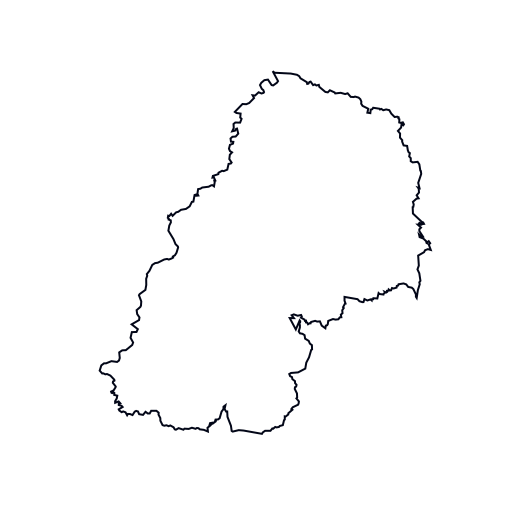 Autlán de Navarro, Jalisco, Mexico (orthographic projection), rotated 253°
{"feature_id": "50627088B11139990760987", "entity_name": "Autlán de Navarro", "entity_type": "district", "adm_level": 2, "iso_a3": "MEX", "parent_name": "Mexico", "parent_adm1": "Jalisco", "projection": "orthographic", "projection_center": [-104.329, 19.757], "detail": "fine", "context": "isolated", "style": "outline", "palette": "ink", "viewbox_px": 512, "rotation_deg": 253, "n_neighbors": 0, "source": "geoboundaries", "source_scale": "gbopen_adm2", "svg_char_len": 6080}
<svg xmlns="http://www.w3.org/2000/svg" viewBox="0 0 512 512"><g transform="rotate(253 256 256)"><path d="M192.1,73.0L188.6,74.6L188.4,75.7L186.9,77.3L186.7,79.0L184.2,81.8L179.2,84.3L178.2,84.2L177.8,82.6L176.6,82.0L172.2,83.7L171.5,83.3L169.1,80.5L168.7,77.8L167.5,77.8L166.9,78.4L167.2,79.9L166.5,80.5L164.6,79.8L163.0,82.5L160.5,81.2L158.3,78.8L156.8,78.4L157.1,82.1L154.9,83.1L154.9,81.6L153.6,81.2L152.1,83.6L150.6,84.3L149.5,79.9L148.2,80.1L145.9,81.9L146.2,83.5L144.7,85.5L141.4,86.2L142.4,87.3L141.8,89.2L140.0,91.4L142.6,94.5L142.9,96.1L141.8,97.7L138.9,98.0L137.1,101.5L139.3,104.8L137.0,106.5L136.5,108.3L138.6,110.5L137.1,115.5L134.6,117.1L132.8,116.4L129.0,117.1L126.4,116.4L121.6,117.2L120.5,118.7L120.3,120.9L118.8,122.7L119.0,124.5L116.3,127.1L114.0,127.6L113.3,128.6L114.0,131.7L111.1,135.8L111.8,137.1L110.3,141.1L110.5,144.5L108.4,147.7L108.8,149.2L108.1,150.7L106.7,151.5L105.0,155.3L102.2,158.7L105.9,159.4L106.8,161.4L109.6,163.2L109.4,165.0L108.1,164.2L109.0,165.9L110.0,166.3L108.6,166.3L109.6,169.1L110.2,169.5L110.4,168.8L111.4,169.5L110.8,171.9L111.5,173.8L117.3,177.6L119.0,180.0L121.4,180.9L122.2,183.1L118.8,181.2L115.9,182.0L115.7,183.0L110.5,181.7L101.0,182.4L95.8,181.6L94.9,182.4L94.5,188.6L92.7,193.1L84.2,209.7L85.3,210.9L86.2,213.6L84.6,218.7L86.3,221.2L85.8,221.9L86.9,224.4L86.1,225.5L85.8,227.9L86.5,229.0L86.4,232.2L90.8,234.8L91.2,235.7L94.1,236.6L93.7,237.1L95.0,240.5L96.2,241.0L98.3,245.8L99.3,245.1L100.6,246.9L101.5,252.8L102.8,253.8L104.4,254.5L108.0,253.0L108.7,254.0L112.6,255.0L117.5,254.2L119.1,254.9L119.4,256.2L120.9,257.1L123.0,256.2L124.9,256.7L127.6,254.8L129.7,255.0L131.1,253.5L133.4,253.3L133.9,255.3L132.4,262.2L133.9,270.2L139.3,272.9L143.6,277.1L150.0,281.3L150.3,282.3L154.4,283.4L156.5,281.9L159.4,281.6L162.6,278.8L166.1,279.3L168.0,277.7L169.2,275.4L171.4,274.8L174.7,277.0L177.2,277.8L178.3,277.1L179.5,278.7L180.7,279.2L181.6,278.9L174.1,272.6L186.8,270.1L185.5,274.1L188.9,272.8L189.1,275.1L186.7,278.4L186.4,281.9L184.8,282.1L183.9,281.0L181.0,283.8L179.7,283.8L179.5,284.9L177.9,284.4L177.4,285.5L175.5,285.8L176.1,288.0L175.7,288.5L176.8,289.4L176.7,293.6L175.4,295.3L174.8,298.0L170.2,298.5L166.6,301.2L169.0,302.4L169.0,303.8L169.8,304.7L172.8,306.1L173.2,311.2L171.9,313.5L171.4,316.3L172.8,318.1L172.5,319.7L175.1,320.0L176.0,322.0L178.9,322.6L180.6,324.7L181.6,324.3L184.5,327.2L184.4,327.7L187.4,327.6L191.0,328.7L185.0,340.5L182.5,341.7L180.8,344.2L180.5,345.3L183.1,347.1L180.9,349.5L181.0,352.7L179.7,353.6L180.8,354.0L180.4,355.4L181.3,355.9L179.9,359.6L184.7,362.4L183.5,363.1L181.9,366.6L182.6,367.0L183.2,368.8L184.1,368.6L183.0,369.9L183.3,370.9L184.4,371.1L184.1,372.5L185.2,373.1L183.9,374.0L183.7,375.1L185.6,376.7L184.7,378.1L184.7,381.2L186.2,381.9L186.2,383.3L187.3,384.1L186.6,389.1L184.9,391.4L181.9,392.5L180.2,395.7L178.4,396.8L172.4,397.7L170.3,397.0L168.9,397.4L176.0,400.8L181.1,404.3L183.1,404.5L184.2,406.0L191.7,407.1L196.0,406.5L199.2,408.9L209.0,411.2L210.5,417.8L212.1,419.4L212.3,422.4L210.7,424.9L216.4,424.6L217.3,426.3L219.7,425.5L219.2,423.9L218.0,423.5L218.6,422.9L220.5,423.0L223.8,421.1L226.2,418.0L228.8,418.2L226.5,419.4L225.9,421.3L232.1,419.5L233.8,420.0L234.9,422.1L238.7,419.9L238.0,422.1L239.4,421.4L239.9,422.0L237.9,424.3L237.6,426.0L239.2,425.7L240.2,424.5L250.7,418.5L256.9,420.1L257.0,420.8L259.2,421.9L261.9,421.9L263.9,426.3L263.6,428.3L267.1,427.4L269.0,430.4L272.8,431.3L274.0,430.9L273.1,432.2L278.5,432.5L286.2,438.0L289.1,438.5L289.6,438.1L295.9,439.0L298.8,438.1L299.7,433.2L301.4,431.7L304.3,432.6L306.4,431.6L309.4,433.2L310.6,432.3L312.6,432.1L317.1,432.7L318.6,429.5L322.7,429.2L324.0,429.7L327.1,428.3L331.0,429.6L334.1,428.3L336.4,432.3L339.6,433.8L339.4,434.6L338.8,434.2L337.9,435.0L338.7,436.0L340.9,435.5L341.0,433.3L341.8,432.0L344.9,433.1L345.9,432.4L346.9,433.0L347.9,431.9L348.4,429.2L352.6,427.0L356.5,426.1L358.1,423.3L358.2,420.3L360.0,418.9L359.9,417.4L360.7,417.2L363.5,411.4L362.4,410.1L362.4,408.5L359.2,407.1L360.5,404.4L364.0,406.4L368.4,401.8L370.9,401.1L372.8,401.9L375.5,401.6L377.5,400.4L379.5,397.3L379.4,396.0L380.5,393.1L384.8,391.2L384.8,388.6L387.3,384.7L388.3,379.3L389.4,379.0L392.9,375.1L391.5,372.5L392.6,370.3L399.2,366.0L401.3,366.1L401.4,363.6L402.9,362.5L402.7,360.6L406.8,359.2L406.8,358.0L405.5,356.5L405.6,355.3L407.4,355.4L412.9,350.5L415.3,349.9L417.3,348.2L420.3,342.6L425.8,327.4L427.8,326.0L416.8,328.2L415.6,326.7L414.1,322.3L414.9,320.9L421.2,319.0L421.7,315.4L420.1,311.7L418.3,309.8L414.2,310.4L412.5,311.5L410.4,311.6L409.8,310.9L409.8,308.8L411.8,306.4L409.7,302.0L410.7,299.7L407.6,300.3L404.3,294.2L404.0,291.1L405.3,287.5L400.0,277.9L398.5,279.1L396.7,282.9L393.0,281.4L391.4,282.3L388.2,279.8L389.7,275.2L388.8,273.1L384.8,272.1L382.2,269.7L382.0,272.6L383.4,274.2L383.4,275.1L378.2,274.8L376.2,271.5L376.9,268.3L375.8,266.0L372.7,265.5L371.8,267.7L370.2,266.9L369.9,263.6L366.5,261.5L363.9,261.8L362.1,263.4L360.5,260.6L356.5,258.8L352.5,260.0L351.8,259.0L352.1,256.7L347.0,253.8L346.6,249.9L347.4,248.5L346.6,244.5L345.3,243.9L345.2,238.2L343.7,237.3L343.5,238.7L340.3,239.1L340.8,237.5L339.7,238.6L334.9,236.2L336.5,235.0L336.7,233.9L336.1,231.0L337.2,224.6L336.6,222.5L336.9,220.2L332.7,218.2L330.7,218.5L331.1,216.4L332.3,216.3L332.3,215.1L326.3,212.0L326.5,210.5L322.9,207.1L321.5,202.8L322.1,197.8L321.0,194.6L321.1,192.4L318.8,188.0L321.2,187.2L319.5,184.7L320.2,183.8L318.3,182.8L317.0,183.5L316.4,183.1L315.0,184.9L313.0,184.4L310.5,182.0L305.8,179.6L296.3,182.0L290.9,182.5L287.9,184.1L286.9,184.0L282.3,180.9L280.4,178.7L279.8,176.3L278.7,176.3L278.3,174.5L278.1,171.6L279.2,170.1L279.5,167.2L278.3,160.1L278.7,157.4L277.8,154.2L273.0,149.8L270.6,146.3L268.9,146.2L266.3,144.3L260.4,142.6L255.9,140.3L253.6,133.6L252.7,132.6L246.1,133.0L242.2,131.5L241.1,130.5L239.1,126.0L235.2,125.4L231.3,126.6L228.9,125.4L227.0,117.1L220.6,121.6L218.3,119.5L219.5,115.0L214.4,112.1L209.2,113.2L207.1,111.6L204.0,104.0L204.9,100.5L203.8,97.0L198.3,95.9L196.1,94.4L195.3,92.2L197.7,87.0L197.2,81.3L197.8,79.3L196.6,76.1L192.1,73.0Z" fill="none" stroke="#020617" stroke-width="2"/></g></svg>